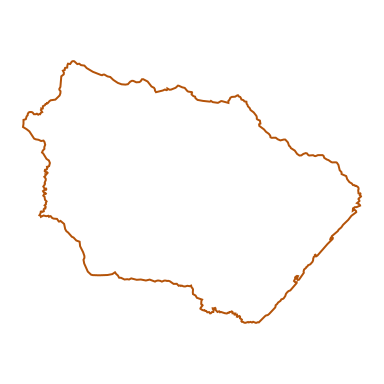 outline of Muanza, Sofala, Mozambique
{"feature_id": "85939544B50673994435668", "entity_name": "Muanza", "entity_type": "district", "adm_level": 2, "iso_a3": "MOZ", "parent_name": "Mozambique", "parent_adm1": "Sofala", "projection": "mercator", "projection_center": [34.955, -19.086], "detail": "fine", "context": "isolated", "style": "outline", "palette": "amber", "viewbox_px": 384, "rotation_deg": 0, "n_neighbors": 0, "source": "geoboundaries", "source_scale": "gbopen_adm2", "svg_char_len": 5876}
<svg xmlns="http://www.w3.org/2000/svg" viewBox="0 0 384 384"><path d="M68.0,63.7L67.4,65.2L67.2,67.6L65.1,67.9L64.8,68.6L64.8,69.9L62.9,70.7L63.9,72.7L63.7,74.4L61.3,76.3L60.4,86.9L59.3,89.0L59.4,89.8L60.5,91.2L60.4,93.2L59.6,95.5L55.4,99.6L50.7,100.3L49.5,101.1L47.8,103.1L46.9,103.0L46.6,103.9L45.5,104.0L44.8,105.3L42.9,106.2L42.8,108.5L42.3,108.7L41.3,108.5L41.4,109.3L40.9,110.0L42.2,112.1L40.9,112.8L40.1,114.2L39.4,114.0L38.2,114.7L36.9,113.7L35.9,114.2L33.9,114.2L32.7,112.6L31.8,112.1L29.9,112.0L28.6,112.5L27.7,114.1L27.7,115.2L26.6,116.4L25.8,119.2L23.5,119.9L23.5,123.8L23.0,127.0L26.6,129.2L29.4,131.4L34.1,138.6L35.7,139.3L38.6,139.8L41.1,141.0L43.5,140.6L44.5,142.0L45.2,144.8L44.3,147.1L44.4,148.9L42.8,150.6L42.0,152.5L43.2,153.5L46.5,158.9L48.9,160.5L49.9,163.0L49.1,166.1L47.8,166.6L47.7,167.1L47.0,167.0L47.2,168.1L46.9,168.4L46.9,169.2L46.1,169.5L45.3,170.6L44.9,170.3L44.7,171.1L45.4,171.9L46.0,171.9L46.3,172.5L47.1,172.3L47.6,172.9L45.9,174.9L45.4,174.6L45.4,175.8L44.3,176.8L45.7,178.6L45.8,180.0L44.7,182.6L45.0,183.3L44.6,184.0L44.8,184.5L43.3,186.5L44.7,188.9L45.9,188.5L46.3,189.1L46.0,189.8L44.5,189.9L43.0,191.1L43.6,192.1L45.1,192.8L45.9,193.6L45.6,194.0L44.4,193.6L43.3,195.7L44.5,196.7L45.0,199.8L46.6,201.4L45.8,202.9L46.0,204.0L44.6,205.4L45.5,206.3L45.7,207.0L45.3,208.4L44.7,208.2L43.7,209.3L43.8,211.3L42.3,211.9L41.8,211.4L40.8,211.6L40.5,213.4L39.4,215.3L40.9,216.0L41.0,216.8L43.6,215.5L46.2,216.2L48.4,215.8L49.0,216.8L50.1,216.1L50.7,216.2L52.2,218.0L53.6,218.6L57.0,218.9L58.8,221.5L59.6,221.5L60.5,220.9L64.1,223.9L65.2,229.1L66.4,231.2L68.1,232.5L71.9,236.8L73.5,237.5L76.3,240.5L79.6,241.7L80.1,246.2L83.1,252.2L84.4,256.0L84.4,257.9L83.5,259.8L84.2,263.5L87.8,271.6L91.1,274.7L92.8,275.1L99.1,275.3L107.6,275.0L112.3,274.1L115.0,272.3L116.2,274.0L117.9,275.5L119.1,277.7L121.0,277.8L124.5,279.5L127.2,279.2L129.1,279.5L131.2,278.4L136.7,279.8L140.8,279.5L145.9,280.5L149.7,279.6L155.0,281.6L156.2,280.9L158.0,280.5L160.1,280.8L161.9,281.6L164.2,280.6L165.8,280.6L167.1,281.0L168.1,280.8L169.7,281.2L173.6,283.9L176.8,283.8L178.7,285.8L180.0,285.4L180.9,286.0L181.8,285.6L183.3,286.3L185.0,286.5L187.4,285.8L189.6,286.2L191.1,285.6L191.6,287.4L192.6,288.4L193.0,289.6L192.8,292.3L193.0,294.1L195.5,295.5L196.9,297.8L202.1,299.6L201.4,300.8L201.2,303.9L201.4,304.5L202.3,304.8L202.6,305.4L200.7,307.8L200.4,308.7L201.8,309.7L203.4,310.4L204.5,310.1L205.2,311.0L206.2,311.0L207.3,312.3L209.1,312.1L210.1,313.4L210.9,313.2L211.9,312.1L213.3,312.0L213.6,309.9L212.8,309.0L212.7,308.3L214.0,308.4L215.1,307.9L215.5,308.3L215.5,309.8L217.5,312.0L219.1,311.3L220.0,312.3L220.8,311.9L224.8,313.2L226.9,313.5L227.8,312.8L228.8,312.9L229.4,312.0L230.8,311.9L231.7,311.4L232.4,311.8L232.5,313.3L235.1,313.5L234.6,314.6L234.8,314.7L237.0,314.6L237.2,315.7L236.9,316.7L237.5,316.9L239.3,316.0L239.8,316.3L240.1,316.9L240.0,318.3L241.9,319.6L241.4,321.2L242.0,321.9L243.0,321.9L244.3,322.7L245.4,322.8L248.1,322.0L248.7,322.4L250.6,321.9L252.0,322.5L253.1,321.8L256.0,322.9L258.0,322.2L258.8,322.4L265.1,316.1L266.1,315.4L267.7,315.1L269.1,314.0L275.0,307.7L275.5,306.8L275.6,305.3L277.3,303.8L278.0,302.6L280.4,300.9L281.4,299.3L282.7,299.0L283.7,298.3L285.3,296.0L285.9,294.0L286.9,292.6L288.5,291.1L290.3,290.4L296.6,283.1L296.7,282.2L295.1,282.1L294.0,281.0L295.2,278.7L295.1,277.5L295.6,276.8L297.0,275.9L298.0,276.1L297.1,278.2L297.1,279.2L297.8,280.0L299.0,279.7L303.8,272.8L303.6,271.3L304.1,269.5L306.0,267.9L306.4,267.0L307.4,266.5L308.0,265.3L310.3,264.3L312.5,261.8L313.1,260.3L313.2,258.7L313.8,256.9L315.1,255.9L314.9,255.0L315.3,254.7L315.7,255.0L316.2,256.3L317.4,255.6L327.6,243.9L332.6,239.0L332.7,238.6L331.6,238.8L331.0,239.2L331.0,239.6L330.4,239.8L330.2,239.4L330.8,237.9L332.2,237.4L331.6,236.8L331.9,236.1L337.8,231.1L338.7,229.6L341.3,227.4L343.1,224.8L348.2,219.9L351.4,215.8L356.2,212.2L356.1,211.1L354.4,209.6L352.8,210.7L353.0,208.4L354.8,207.2L356.7,207.1L360.1,205.6L359.9,205.0L358.5,203.8L357.0,203.1L359.4,201.1L359.4,200.4L358.5,199.2L358.6,198.6L361.0,196.5L360.6,195.6L359.9,195.3L360.5,193.8L360.3,193.4L359.2,193.7L358.5,193.4L358.2,190.1L358.6,189.1L358.5,188.0L358.0,187.1L356.3,185.9L355.3,186.0L354.6,185.2L353.0,185.1L351.8,183.5L349.4,182.1L347.2,179.2L346.2,176.1L341.6,174.1L341.5,172.2L339.7,170.2L338.4,164.9L336.9,162.7L336.0,162.3L332.2,162.4L331.0,161.9L328.5,160.1L326.8,159.5L324.3,157.9L323.5,155.8L322.5,155.1L318.0,155.1L315.6,156.1L314.6,156.0L313.1,155.2L309.1,155.5L307.9,154.7L307.1,153.5L305.8,153.1L303.4,153.9L301.3,155.4L299.4,155.5L297.1,153.9L294.8,150.6L290.9,148.1L290.1,146.6L289.0,145.7L287.9,142.4L285.3,139.6L284.0,139.5L280.4,140.4L277.8,139.3L275.7,137.7L271.6,137.8L270.5,137.3L270.2,135.6L268.8,133.8L266.0,131.8L264.0,129.4L259.3,125.9L259.1,124.3L260.4,123.6L259.9,120.6L257.3,119.4L256.8,118.8L256.8,117.2L256.4,115.9L253.7,112.4L250.5,110.0L249.7,108.1L247.9,106.3L247.5,104.9L246.6,103.7L246.4,101.7L244.4,101.4L243.5,100.2L241.4,99.5L240.6,97.5L240.2,97.0L238.7,96.4L238.1,95.3L237.4,95.3L235.1,96.7L231.9,96.9L230.4,97.7L229.5,99.7L228.4,100.9L228.4,102.9L221.7,101.1L220.9,101.2L218.3,102.7L217.5,102.8L212.7,102.1L210.9,100.9L210.3,101.5L209.5,101.6L202.9,100.9L197.5,99.9L195.5,98.2L195.1,96.7L193.4,96.1L191.6,94.5L191.6,93.7L192.1,92.9L191.8,92.1L188.2,91.6L187.2,90.9L184.7,87.9L182.2,87.3L178.9,85.8L178.0,85.6L175.6,87.8L171.0,89.6L169.5,89.7L167.4,88.5L167.4,89.6L166.8,90.1L166.1,90.1L165.0,89.5L162.8,90.5L156.0,92.2L155.0,90.6L154.8,89.1L154.0,87.8L151.5,86.5L147.6,81.5L143.2,79.2L141.9,79.3L140.7,81.2L139.4,82.1L136.3,82.3L133.3,80.9L132.0,80.8L130.2,81.7L127.9,84.2L125.4,84.6L121.6,84.3L117.8,82.9L113.3,79.9L110.3,77.0L107.5,76.4L104.4,74.6L103.2,74.6L102.1,75.2L101.0,75.0L92.9,71.8L86.7,68.1L84.4,65.6L81.0,65.1L79.2,63.7L77.3,64.1L74.3,61.3L73.0,61.1L71.8,61.6L70.2,64.0L68.0,63.7Z" fill="none" stroke="#b45309" stroke-width="2"/></svg>